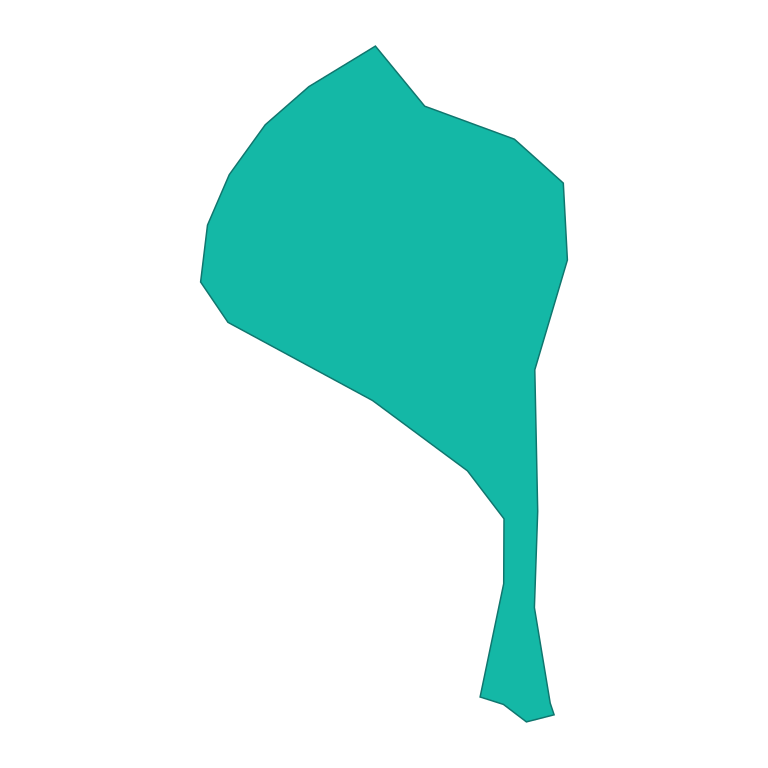 SVG path tracing the border of Kapchorwa
{"feature_id": "UGA-3112", "entity_name": "Kapchorwa", "entity_type": "District", "adm_level": 1, "iso_a3": "UGA", "parent_name": "Uganda", "parent_adm1": "", "projection": "equal_earth", "projection_center": [34.481, 1.268], "detail": "fine", "context": "isolated", "style": "filled", "palette": "teal", "viewbox_px": 768, "rotation_deg": 0, "n_neighbors": 0, "source": "natural_earth", "source_scale": "10m", "svg_char_len": 430}
<svg xmlns="http://www.w3.org/2000/svg" viewBox="0 0 768 768"><path d="M554.1,714.8L526.4,721.9L503.4,704.4L480.1,697.0L503.7,583.7L504.0,518.8L467.4,470.8L372.5,400.5L228.0,322.4L200.6,282.0L207.5,225.1L229.3,174.6L265.3,124.7L308.9,86.6L375.4,46.1L424.7,106.2L514.4,139.2L563.3,183.1L567.4,260.0L534.8,369.8L537.7,511.3L534.4,607.6L550.2,703.1L554.0,714.5L554.1,714.8Z" fill="#14b8a6" stroke="#0f766e" stroke-width="1.5"/></svg>